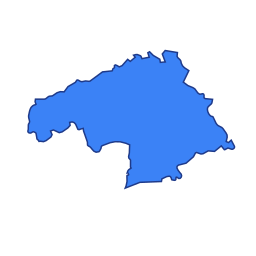 the Autonomous Community of Zamora, rotated 328°
{"feature_id": "ESP-5852", "entity_name": "Zamora", "entity_type": "Autonomous Community", "adm_level": 1, "iso_a3": "ESP", "parent_name": "Spain", "parent_adm1": "", "projection": "mercator", "projection_center": [-6.097, 41.685], "detail": "fine", "context": "isolated", "style": "filled", "palette": "blue", "viewbox_px": 256, "rotation_deg": 328, "n_neighbors": 0, "source": "natural_earth", "source_scale": "10m", "svg_char_len": 2908}
<svg xmlns="http://www.w3.org/2000/svg" viewBox="0 0 256 256"><g transform="rotate(328 128 128)"><path d="M93.8,177.5L95.7,176.1L98.8,172.9L101.8,167.9L102.2,167.8L103.4,168.1L103.8,167.9L104.0,167.2L104.1,166.2L104.1,165.4L103.8,165.4L105.0,164.4L106.4,163.8L109.4,163.6L109.4,162.5L113.1,156.6L113.1,155.7L112.9,154.9L112.8,153.8L113.4,152.5L115.9,149.9L120.5,143.1L119.5,141.8L118.2,139.9L114.1,135.6L109.8,132.8L105.1,131.0L97.2,129.4L95.9,129.4L95.2,129.9L94.6,130.7L93.3,131.6L91.8,132.4L90.8,132.7L88.1,131.6L86.8,129.6L86.3,127.0L86.0,124.6L85.6,123.4L84.9,122.3L84.6,121.2L85.2,120.0L85.9,118.9L86.3,117.7L88.7,107.1L89.8,104.6L87.3,103.8L85.6,103.5L84.8,102.6L85.6,97.0L85.2,94.9L83.9,93.3L81.5,92.3L80.3,95.1L77.0,96.1L70.1,96.4L67.2,95.5L63.7,90.1L60.7,89.5L60.1,93.4L57.8,94.8L51.8,95.3L49.1,94.8L46.8,92.9L45.4,92.2L45.5,90.8L45.0,89.6L45.1,88.8L45.5,87.9L47.2,83.7L47.1,83.1L47.0,82.8L46.0,81.2L45.3,80.8L43.3,80.8L42.6,80.6L41.9,80.1L41.3,79.4L41.1,78.6L41.4,77.6L42.7,76.3L45.1,72.6L45.8,71.9L46.6,71.6L47.4,71.0L48.1,70.2L49.2,66.8L49.6,65.9L50.3,64.8L53.6,61.4L55.2,60.1L56.7,59.2L58.8,58.7L60.2,58.7L62.0,59.2L62.6,59.1L62.9,57.4L63.2,56.4L64.8,54.5L72.3,59.2L73.7,59.6L77.2,59.2L78.2,59.4L80.9,60.7L86.5,60.5L89.8,61.3L93.0,63.5L99.1,61.1L107.6,61.4L109.5,60.5L110.3,60.3L111.2,61.1L112.3,63.2L113.4,64.3L116.9,65.6L119.7,67.8L120.7,68.1L136.1,66.9L144.7,71.1L145.2,71.0L146.4,69.9L146.9,69.7L148.1,69.7L148.6,69.5L148.9,69.1L149.3,68.1L149.7,67.8L150.7,67.8L151.6,68.9L153.0,71.5L156.0,72.0L164.1,69.6L165.2,72.7L171.6,71.8L171.3,69.2L173.6,69.9L174.9,70.7L176.6,73.0L176.9,73.5L177.0,74.1L176.6,76.6L183.5,79.2L184.7,74.7L186.7,74.8L187.9,79.9L191.4,86.6L190.2,89.5L194.6,91.7L196.3,83.4L200.6,82.0L209.9,90.2L207.6,93.2L207.5,94.7L208.3,97.6L208.3,99.2L207.5,101.3L207.2,104.2L207.8,106.8L210.0,111.6L199.2,118.4L201.3,123.8L204.4,128.1L205.4,130.2L205.8,135.3L206.7,137.4L209.7,138.6L210.1,139.6L209.7,140.8L209.0,141.8L208.5,142.8L209.0,144.0L214.9,148.5L212.4,151.2L211.4,151.7L207.4,152.4L206.1,153.1L205.0,154.6L204.3,156.5L204.0,158.7L204.2,160.8L204.8,162.2L205.5,162.8L206.0,163.6L205.2,170.5L205.3,172.3L205.7,173.7L207.8,177.2L208.2,178.8L208.5,184.0L208.3,186.4L207.2,188.4L204.1,191.5L205.5,193.6L209.1,193.0L208.6,199.6L208.4,200.4L207.9,201.0L207.1,201.4L206.1,201.5L205.2,201.3L204.4,200.7L202.6,198.4L202.0,197.9L198.6,197.7L198.2,197.4L197.6,192.6L189.0,193.7L183.9,189.9L178.0,189.6L176.1,188.7L173.2,185.1L172.0,184.9L168.2,187.1L158.6,188.6L151.1,186.2L149.3,186.5L148.3,187.9L148.1,190.1L148.3,193.2L148.6,194.8L148.6,195.5L148.1,197.0L146.9,198.0L145.5,198.3L144.4,197.8L144.0,197.1L143.7,196.2L143.3,195.5L142.7,195.3L142.3,195.7L141.2,197.1L140.5,197.3L139.7,197.0L137.7,195.2L137.7,194.8L138.2,193.1L138.2,192.0L137.9,191.2L137.4,190.7L135.0,189.7L129.8,189.1L128.0,191.1L109.3,180.4L93.8,177.5Z" fill="#3b82f6" stroke="#1e3a8a" stroke-width="1.5"/></g></svg>